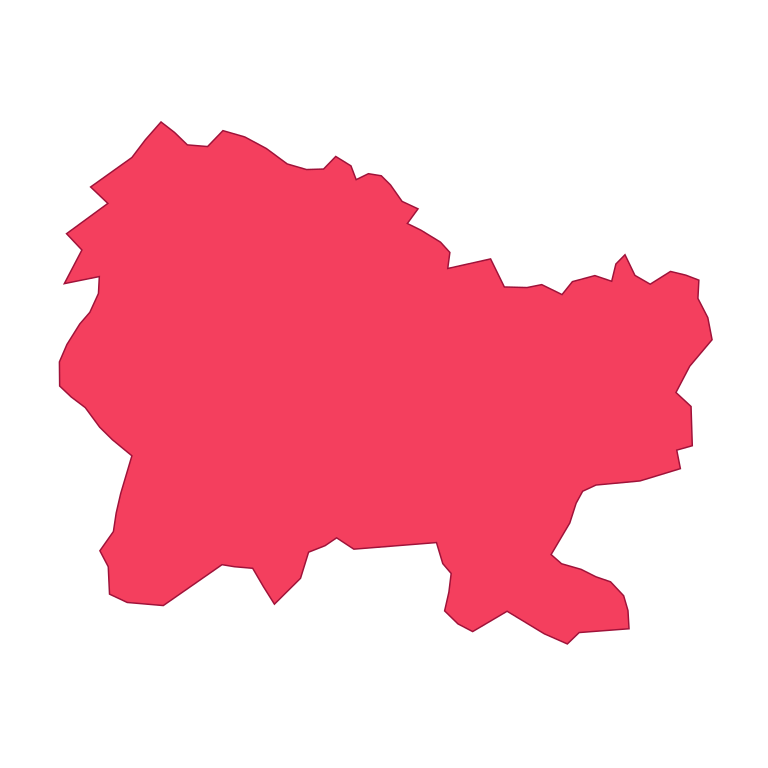 the district of Sede Nova, Rio Grande do Sul, Brazil, rotated 183°
{"feature_id": "56859067B54570666253245", "entity_name": "Sede Nova", "entity_type": "district", "adm_level": 2, "iso_a3": "BRA", "parent_name": "Brazil", "parent_adm1": "Rio Grande do Sul", "projection": "albers", "projection_center": [-53.96, -27.642], "detail": "fine", "context": "isolated", "style": "filled", "palette": "rose", "viewbox_px": 768, "rotation_deg": 183, "n_neighbors": 0, "source": "geoboundaries", "source_scale": "gbopen_adm2", "svg_char_len": 1468}
<svg xmlns="http://www.w3.org/2000/svg" viewBox="0 0 768 768"><g transform="rotate(183 384 384)"><path d="M103.8,511.4L123.4,497.6L139.1,505.6L150.1,525.7L158.7,516.0L162.0,498.5L179.1,503.3L201.2,496.1L210.9,482.6L231.7,491.5L246.2,487.8L268.9,487.2L284.1,514.5L326.4,502.7L325.1,518.8L335.0,528.6L355.1,539.5L369.1,545.5L359.2,560.7L375.5,567.3L387.9,583.1L397.6,591.8L410.6,593.2L422.5,586.6L428.4,600.1L444.1,608.7L455.6,595.5L472.6,594.1L492.2,598.7L513.8,613.0L535.9,623.4L558.1,628.6L572.6,611.9L592.9,612.5L606.4,624.3L620.4,634.0L635.1,615.4L647.6,597.0L687.3,565.4L669.2,549.9L708.9,517.5L692.7,502.0L708.5,467.5L673.9,476.4L673.9,459.4L681.5,440.2L690.9,428.1L702.7,406.9L709.3,389.1L707.8,365.0L695.6,354.6L681.1,344.8L665.6,325.9L652.3,314.1L632.0,299.1L641.2,260.9L644.7,241.1L646.5,222.5L659.0,202.6L649.8,187.1L647.1,159.8L629.0,152.4L592.8,151.2L536.3,195.1L523.8,193.7L505.5,193.1L493.8,175.3L481.9,158.4L457.2,185.6L450.5,212.1L434.3,219.5L423.3,227.9L405.5,217.5L323.3,228.4L315.9,207.7L307.0,198.3L308.3,179.6L311.6,160.6L297.6,148.3L282.5,141.4L249.2,163.5L210.8,142.9L187.3,134.0L176.1,146.0L126.5,152.4L128.5,170.5L133.6,185.1L147.4,198.3L162.4,202.6L177.4,209.2L197.3,213.8L208.2,222.4L191.2,254.9L185.9,275.0L180.0,287.3L167.0,294.2L123.3,300.6L83.6,315.0L88.2,333.3L72.9,338.5L76.2,377.6L92.0,390.8L79.6,417.8L58.7,445.4L64.1,467.2L75.0,485.9L75.0,504.2L88.3,508.5L103.8,511.4Z" fill="#f43f5e" stroke="#9f1239" stroke-width="1.5"/></g></svg>